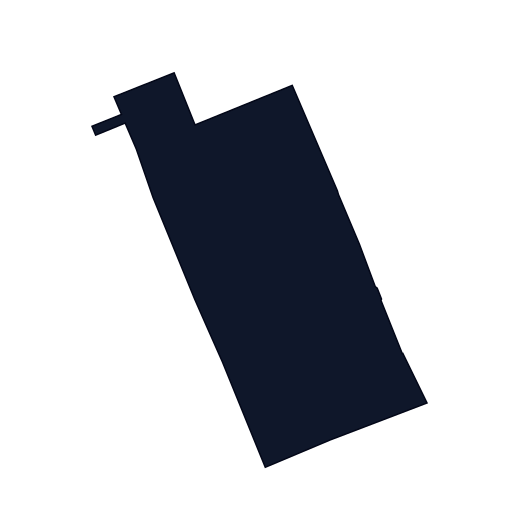 St. Francis, Arkansas, United States of America (Equal Earth projection), rotated 67°
{"feature_id": "52423323B70902388420636", "entity_name": "St. Francis", "entity_type": "district", "adm_level": 2, "iso_a3": "USA", "parent_name": "United States of America", "parent_adm1": "Arkansas", "projection": "equal_earth", "projection_center": [-90.808, 35.008], "detail": "fine", "context": "isolated", "style": "filled", "palette": "ink", "viewbox_px": 512, "rotation_deg": 67, "n_neighbors": 0, "source": "geoboundaries", "source_scale": "gbopen_adm2", "svg_char_len": 476}
<svg xmlns="http://www.w3.org/2000/svg" viewBox="0 0 512 512"><g transform="rotate(67 256 256)"><path d="M113.1,156.0L111.5,260.9L55.4,259.8L53.9,324.5L73.1,324.5L72.5,356.3L82.1,356.4L82.5,324.5L110.9,324.4L161.8,327.9L272.0,329.3L301.2,328.9L340.4,328.3L454.1,330.0L454.3,259.8L458.1,156.0L403.0,158.9L403.0,159.5L345.6,158.3L344.7,157.3L332.9,157.0L330.8,158.2L285.6,156.2L231.6,156.1L227.8,155.6L113.1,156.0Z" fill="#0f172a" stroke="#020617" stroke-width="1.5"/></g></svg>